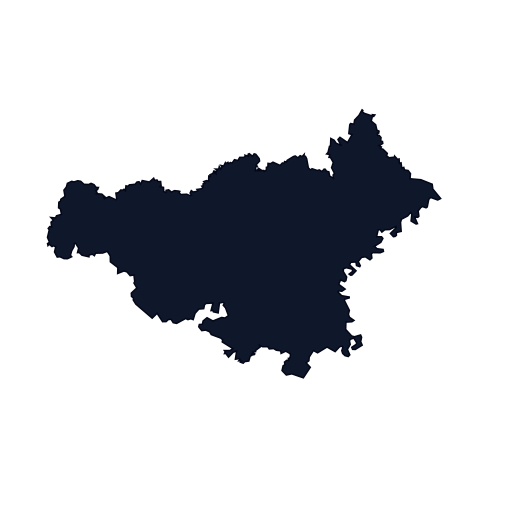 outline of Tantoyuca, Veracruz, Mexico, rotated 251°
{"feature_id": "50627088B9649339399974", "entity_name": "Tantoyuca", "entity_type": "district", "adm_level": 2, "iso_a3": "MEX", "parent_name": "Mexico", "parent_adm1": "Veracruz", "projection": "mercator", "projection_center": [-98.193, 21.39], "detail": "fine", "context": "isolated", "style": "filled", "palette": "ink", "viewbox_px": 512, "rotation_deg": 251, "n_neighbors": 0, "source": "geoboundaries", "source_scale": "gbopen_adm2", "svg_char_len": 6128}
<svg xmlns="http://www.w3.org/2000/svg" viewBox="0 0 512 512"><g transform="rotate(251 256 256)"><path d="M250.2,449.3L261.8,445.0L266.5,446.0L274.5,436.7L278.9,426.8L283.6,428.9L287.3,427.7L289.1,424.4L291.7,424.6L291.8,422.5L296.9,423.5L297.0,421.8L301.2,422.9L301.2,421.4L305.3,419.6L304.4,419.2L305.6,413.8L308.3,412.1L310.3,413.6L315.7,410.8L317.1,408.6L318.3,410.1L320.3,408.3L321.1,412.5L323.1,412.9L324.2,411.4L327.3,412.8L329.8,411.8L330.5,410.2L332.7,410.9L332.2,412.0L334.0,413.0L335.7,411.3L341.2,411.9L346.1,408.9L350.4,411.7L349.6,412.7L350.7,414.3L351.8,412.0L350.6,411.5L355.7,404.8L358.3,403.3L358.9,404.4L359.7,403.9L355.4,399.1L352.5,393.5L348.8,391.5L350.5,388.5L349.6,387.4L341.5,383.6L339.5,386.3L333.5,379.5L340.9,374.0L339.5,371.4L333.2,372.4L333.7,371.6L336.6,368.5L340.0,367.6L342.8,365.0L335.7,362.2L335.8,361.2L330.5,357.8L329.5,356.0L327.9,358.8L325.5,357.1L324.9,358.5L319.2,359.5L314.9,356.2L308.6,357.1L307.5,355.3L304.3,354.5L307.6,351.7L311.9,352.3L313.3,350.2L315.4,349.8L316.0,348.7L314.4,345.9L316.8,343.9L316.9,341.8L320.3,337.4L319.7,335.9L320.4,335.1L322.3,334.2L331.5,335.6L334.2,335.2L335.0,333.9L336.4,334.6L335.0,332.0L336.5,330.4L335.2,327.6L337.8,325.7L337.9,323.8L336.3,316.6L335.0,315.4L336.0,313.8L334.5,312.5L335.4,311.2L333.8,308.3L339.2,302.6L338.6,299.9L339.7,297.5L336.3,296.2L336.5,294.7L334.0,293.8L333.2,291.4L334.3,291.3L335.7,286.7L336.1,288.5L338.3,286.7L337.1,286.4L336.9,283.2L340.3,284.8L340.5,286.4L342.1,285.7L344.6,290.3L347.1,290.7L352.3,288.9L353.2,287.5L351.5,285.2L355.0,282.9L354.8,281.7L352.9,281.2L354.9,278.4L353.7,278.3L353.3,276.4L354.6,272.7L352.2,270.0L354.1,267.0L351.5,263.5L352.7,262.4L352.4,260.0L353.7,260.0L353.3,257.5L354.2,257.4L351.6,254.7L353.0,252.4L351.3,252.9L349.5,251.1L352.5,250.4L350.3,249.0L351.3,246.1L349.5,247.4L348.7,245.6L346.7,245.1L348.2,243.9L349.5,244.8L350.1,243.8L348.1,242.1L347.8,238.9L346.2,238.7L347.0,237.4L342.2,235.5L343.4,233.8L343.4,230.8L341.6,231.5L341.4,229.4L339.6,229.0L339.7,227.5L338.0,228.1L337.3,226.4L338.2,221.8L336.6,222.2L336.4,220.9L337.0,217.4L338.9,216.1L337.0,214.2L334.6,214.8L334.5,213.4L337.0,210.6L338.6,205.0L340.8,203.9L341.9,205.0L342.6,204.0L344.4,200.1L343.9,196.9L347.0,195.0L347.4,192.4L345.4,191.7L346.9,189.7L351.0,190.9L352.8,187.9L353.4,189.2L357.5,190.1L358.3,187.5L360.1,187.2L360.6,184.8L362.9,184.6L360.7,179.3L364.4,173.0L361.4,170.2L364.3,169.6L364.7,167.5L363.2,165.1L364.5,159.5L363.7,157.4L364.7,155.9L360.3,153.8L362.1,152.9L361.6,150.9L362.5,149.8L360.7,146.4L361.1,144.0L355.4,142.9L354.8,141.8L360.0,136.4L359.5,131.3L361.1,131.0L360.9,132.5L364.7,130.4L367.0,125.2L367.9,126.4L370.0,125.8L370.3,127.8L372.1,129.3L372.9,127.2L376.2,126.1L378.4,123.7L378.1,121.1L379.8,116.7L383.7,114.6L385.2,112.0L385.3,108.0L386.6,106.1L386.1,101.3L382.9,99.1L380.8,95.8L374.6,94.8L373.2,90.0L371.3,88.8L371.1,87.1L365.8,85.0L364.1,86.4L358.7,85.6L359.0,80.5L357.3,78.8L359.2,74.6L355.8,76.1L354.7,73.2L350.0,72.2L351.0,70.6L349.7,68.5L348.0,69.0L341.5,64.9L336.3,65.2L335.6,62.9L333.6,62.7L334.5,64.2L331.3,66.2L331.6,67.8L329.9,69.6L325.4,66.8L319.7,67.7L319.1,70.4L316.0,73.6L314.8,76.9L315.3,81.5L317.1,80.8L320.9,83.4L324.1,87.0L326.9,88.2L326.8,89.5L321.2,90.9L317.3,88.3L316.8,90.0L313.4,91.7L309.6,97.8L311.2,98.5L311.0,101.8L308.9,103.3L310.9,105.2L308.7,112.0L308.8,116.9L303.5,118.2L297.9,116.4L290.0,121.6L284.5,119.5L284.8,126.3L283.0,128.8L278.4,130.6L277.8,134.4L271.1,132.9L270.2,131.8L264.6,132.9L261.5,126.0L258.3,125.1L256.1,126.5L254.4,125.6L249.6,126.7L231.0,137.6L234.0,143.8L224.3,146.3L223.2,149.6L224.5,152.6L223.7,155.1L219.9,156.0L218.1,159.0L219.8,169.2L218.0,170.9L217.9,173.9L216.3,175.9L221.6,179.7L224.4,184.7L223.2,189.4L226.7,191.5L227.4,193.3L225.5,200.0L219.0,195.7L218.5,197.6L217.1,197.5L214.5,201.7L223.4,206.1L223.0,209.6L221.6,210.7L220.1,209.0L216.9,210.3L208.6,210.5L207.5,206.5L209.1,203.5L208.6,194.1L213.6,189.6L211.8,184.8L208.9,183.1L209.7,180.1L207.7,178.8L203.1,180.4L202.3,184.3L199.4,187.5L196.3,188.1L189.8,196.0L187.7,197.2L185.7,196.1L176.0,204.0L175.1,200.6L176.9,195.3L175.5,195.7L174.0,194.4L173.7,195.7L169.3,197.1L172.4,203.1L172.4,206.7L165.1,202.9L164.4,206.8L163.6,207.3L162.5,205.5L161.5,208.0L160.7,206.7L158.8,209.0L159.8,210.9L159.0,215.0L163.1,217.8L163.5,219.9L164.9,220.0L164.8,221.9L163.5,221.2L163.3,222.2L163.8,223.0L165.5,221.8L166.3,221.8L165.7,224.5L166.9,225.0L168.6,230.3L170.3,230.3L168.1,232.6L166.4,237.6L163.8,238.3L162.7,242.6L160.3,244.5L158.3,248.5L155.7,248.0L156.3,253.2L152.5,256.5L150.4,256.1L148.3,254.4L148.7,253.3L146.7,252.8L147.4,251.1L146.4,248.4L143.8,247.9L143.4,245.9L139.2,243.3L133.6,245.9L132.9,251.5L125.4,261.1L133.1,271.1L138.7,268.6L139.7,271.9L143.1,273.4L147.9,279.5L144.4,282.7L146.8,293.5L139.8,299.7L143.0,305.6L142.6,308.0L141.5,308.5L138.6,306.3L135.7,306.2L132.8,307.7L130.9,310.5L132.0,312.5L137.9,312.0L141.7,316.3L145.4,316.8L146.5,318.1L146.5,321.7L141.3,322.9L139.9,322.2L138.5,316.8L136.3,316.9L135.3,319.4L137.1,327.4L140.9,327.1L144.8,329.4L147.3,329.2L147.6,322.8L149.3,320.4L157.4,316.9L164.2,319.5L162.6,325.3L163.2,327.7L167.7,324.4L170.8,324.4L174.2,326.6L185.2,325.1L186.2,325.9L186.0,330.5L186.9,330.8L190.6,324.1L195.3,321.8L196.1,322.8L194.7,325.7L195.7,329.5L202.3,325.0L205.8,328.1L202.9,331.4L203.4,333.0L206.6,334.9L212.9,333.5L215.5,334.6L215.5,337.6L212.2,342.7L210.0,342.4L208.6,338.1L206.9,339.3L206.8,340.7L209.4,345.8L217.2,341.6L219.2,343.6L217.8,348.5L214.2,347.9L212.1,350.6L212.9,351.5L217.5,350.9L220.3,355.4L219.6,359.2L215.3,362.5L216.3,364.9L220.6,365.8L221.1,367.6L218.6,374.5L218.8,378.0L220.8,378.3L223.5,372.8L226.6,371.2L228.3,378.5L231.3,381.7L233.3,381.0L235.0,376.3L241.0,380.1L240.5,381.9L237.6,382.8L238.9,386.3L237.5,390.9L238.4,398.0L237.2,397.9L233.6,390.4L229.5,392.2L229.2,393.9L229.8,395.5L232.5,396.3L232.0,401.3L240.7,403.6L243.4,405.5L244.5,412.5L246.8,416.3L244.7,416.9L238.6,414.0L234.1,417.8L234.0,419.2L241.1,418.7L239.9,421.6L240.6,423.0L245.8,424.0L248.1,427.5L248.6,429.4L246.2,432.5L246.6,433.9L253.3,437.8L254.5,440.2L249.8,446.0L250.2,449.3Z" fill="#0f172a" stroke="#020617" stroke-width="1.5"/></g></svg>